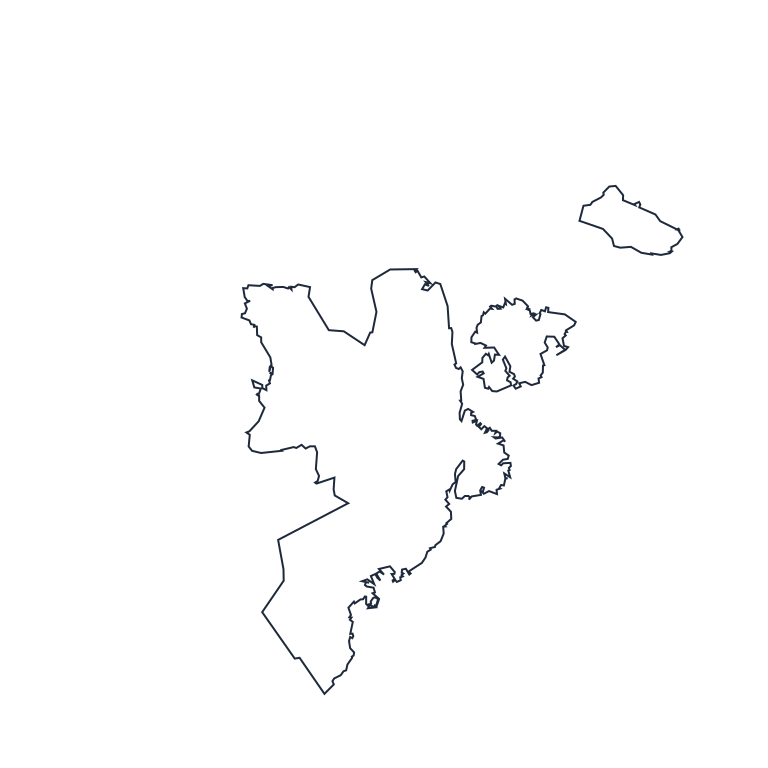 Stavanger nor, Rogaland, Norway, rotated 33°
{"feature_id": "86288312B95219475773394", "entity_name": "Stavanger nor", "entity_type": "district", "adm_level": 2, "iso_a3": "NOR", "parent_name": "Norway", "parent_adm1": "Rogaland", "projection": "mercator", "projection_center": [5.714, 58.967], "detail": "fine", "context": "isolated", "style": "outline", "palette": "slate", "viewbox_px": 768, "rotation_deg": 33, "n_neighbors": 0, "source": "geoboundaries", "source_scale": "gbopen_adm2", "svg_char_len": 6150}
<svg xmlns="http://www.w3.org/2000/svg" viewBox="0 0 768 768"><g transform="rotate(33 384 384)"><path d="M502.8,676.3L505.5,663.3L502.6,661.3L502.6,658.0L506.3,651.8L506.5,647.0L508.2,644.7L506.1,639.2L506.4,631.0L505.5,630.2L506.4,628.2L505.1,625.4L499.5,624.0L494.7,618.7L493.4,614.6L495.8,614.4L495.6,612.2L493.6,610.5L491.8,611.9L487.4,600.5L483.8,600.3L483.9,597.6L482.0,598.5L482.1,595.7L476.0,591.0L477.3,582.9L479.0,583.9L481.6,577.5L483.7,575.9L483.7,572.6L484.9,572.1L488.8,578.2L492.7,579.0L492.7,580.8L498.0,576.4L491.1,577.3L492.8,575.2L491.3,573.6L491.5,569.1L492.8,567.8L496.2,567.5L498.2,574.4L495.9,574.8L498.9,574.6L496.9,566.9L488.4,565.7L489.9,563.7L486.2,560.5L479.9,563.2L477.5,563.0L476.8,559.9L479.8,558.8L473.1,561.3L476.4,556.9L484.8,557.2L477.6,552.2L480.2,548.1L484.1,550.2L488.0,550.8L480.7,547.2L482.5,543.6L487.8,543.8L480.5,541.9L488.3,533.7L495.5,535.9L496.1,537.6L493.9,539.2L499.2,541.7L498.2,544.0L499.3,544.8L500.1,542.2L502.6,543.0L504.9,539.4L502.9,537.3L504.6,535.1L502.8,534.7L503.5,532.4L501.6,532.6L500.2,529.8L503.0,527.0L509.0,530.0L509.5,528.4L506.8,527.8L513.2,513.4L513.3,506.9L511.7,501.1L513.4,497.5L512.0,496.7L515.5,492.9L514.9,491.1L517.1,485.0L515.5,476.9L511.4,471.5L513.0,470.1L512.1,470.0L513.1,467.0L512.1,466.7L513.9,460.5L509.7,454.7L502.8,453.0L504.0,449.1L498.5,447.6L498.9,444.3L494.7,440.1L496.3,436.8L497.2,437.7L496.2,430.7L497.5,427.2L492.5,420.8L490.9,416.1L491.7,405.4L493.5,405.3L497.6,411.8L496.3,420.8L501.7,435.1L506.7,440.1L511.8,437.8L512.8,433.9L515.7,432.0L517.5,432.0L518.2,434.6L518.8,430.5L525.7,424.2L522.6,420.8L522.4,416.9L524.4,416.5L525.5,420.1L524.4,420.8L527.5,421.7L530.4,416.6L538.7,414.8L536.0,411.4L538.3,408.5L537.4,408.6L537.2,404.9L539.8,403.8L537.4,397.5L538.9,395.6L537.2,397.0L533.6,393.5L540.6,393.5L535.4,388.9L536.2,387.7L534.4,386.3L535.1,383.7L533.0,381.3L527.1,385.6L526.6,388.4L523.7,388.6L525.0,382.7L528.6,379.4L527.6,376.1L522.2,376.0L517.7,370.4L512.1,371.9L515.0,366.0L517.0,366.4L512.2,364.5L507.3,368.9L505.2,368.8L509.1,366.5L509.7,364.6L508.3,362.0L504.8,362.3L504.1,364.5L503.5,362.2L499.8,364.6L496.6,363.1L495.8,365.1L496.8,366.0L496.5,368.5L495.2,369.9L494.6,365.0L491.1,364.7L490.2,369.0L486.9,368.3L487.2,364.7L486.1,364.4L484.9,368.3L483.2,367.8L481.9,364.1L479.4,367.9L478.3,366.6L480.9,363.9L477.6,361.4L474.0,362.7L472.8,360.7L473.9,358.9L468.1,359.1L466.3,362.3L469.2,372.9L466.9,372.3L463.1,367.0L460.3,358.0L456.9,356.5L457.8,355.8L452.3,348.5L450.8,341.5L446.1,336.8L443.1,330.5L439.2,328.3L438.5,330.7L435.7,331.3L432.5,329.3L433.3,327.4L419.1,313.5L413.0,303.0L409.9,300.5L408.2,301.8L394.9,284.0L376.8,269.5L371.9,270.8L369.7,281.8L364.3,283.7L364.0,278.1L368.2,277.3L363.5,275.8L368.0,274.2L359.2,271.9L357.2,274.3L350.5,270.8L349.7,273.0L348.1,272.3L348.6,270.0L326.8,284.6L317.6,303.3L321.3,311.0L338.4,327.6L346.1,347.0L344.4,348.4L346.6,362.0L321.6,361.7L308.4,368.9L273.2,352.0L269.2,343.0L257.8,347.3L256.3,351.5L253.2,353.0L255.0,355.2L251.6,354.4L251.5,356.2L246.8,357.4L240.5,361.7L238.4,364.1L239.1,365.2L233.3,365.0L236.7,361.8L228.2,365.8L226.5,369.3L216.5,375.0L217.3,378.3L213.7,380.3L219.8,386.9L224.3,388.8L226.4,387.2L223.4,392.2L228.0,395.5L228.9,400.4L226.7,402.7L228.3,405.8L236.5,404.0L239.9,406.3L243.0,405.0L244.0,407.7L243.9,405.9L246.1,405.1L251.0,412.1L255.6,411.8L258.3,415.9L274.2,423.6L279.3,429.2L278.9,431.9L281.1,436.3L279.3,430.4L282.1,430.8L284.8,435.8L281.9,436.9L285.0,436.7L284.5,438.5L286.3,442.9L285.6,443.6L288.0,445.6L286.1,449.5L288.7,453.2L284.2,453.7L282.4,451.1L271.5,452.7L277.1,457.5L283.2,454.9L284.5,460.6L283.2,461.1L283.1,462.0L285.1,461.6L283.4,462.4L285.8,462.0L288.5,466.2L296.7,468.9L299.2,483.5L296.9,496.9L295.0,499.6L299.1,499.7L304.5,510.1L309.8,511.9L318.5,508.8L334.9,495.5L334.0,495.1L342.6,486.1L345.3,485.4L348.0,479.9L353.4,480.8L355.8,476.6L360.0,473.9L365.1,477.7L373.2,492.5L379.6,496.5L381.2,501.5L379.9,504.2L381.6,504.3L393.4,489.5L399.2,499.9L403.4,504.3L418.9,503.5L380.1,572.4L400.6,594.1L407.0,603.6L406.1,641.7L458.7,662.9L462.3,659.6L502.8,676.3ZM511.0,227.5L497.8,227.1L482.5,234.3L480.4,230.6L478.2,231.4L479.4,235.4L475.6,236.2L476.0,240.0L477.2,240.2L479.0,246.0L477.0,248.0L472.5,246.9L473.6,243.1L472.0,244.3L472.6,242.2L470.4,246.1L470.2,244.0L468.7,245.4L466.2,242.9L463.5,243.3L464.4,242.1L462.6,242.2L462.5,240.4L454.8,238.6L448.2,240.3L447.4,242.0L450.0,245.6L448.3,247.8L439.1,246.6L442.7,250.6L441.4,250.5L442.3,254.8L437.6,256.0L440.7,257.4L438.3,259.1L435.7,257.7L436.9,255.3L435.1,258.4L431.3,259.9L430.8,261.2L433.7,262.1L431.8,263.0L430.7,269.8L428.6,269.5L429.6,272.4L428.8,273.9L431.7,279.6L430.3,283.3L431.0,286.5L434.1,290.2L432.0,290.4L431.9,297.2L434.5,301.4L439.1,300.1L437.9,301.5L442.6,297.0L448.6,296.2L448.6,298.9L456.5,293.4L464.6,296.9L461.0,298.9L463.5,304.5L462.7,307.5L455.5,301.7L455.7,303.2L453.0,303.2L452.3,308.5L454.6,312.3L450.2,324.2L456.9,325.3L457.5,322.1L460.0,319.8L461.8,320.8L458.6,327.0L464.7,325.5L470.7,332.2L473.9,331.2L473.7,329.3L478.6,331.0L482.7,328.8L491.3,316.0L489.3,313.6L485.2,313.9L484.1,311.2L484.9,308.7L478.6,306.9L478.1,304.2L470.4,298.8L470.6,295.1L480.3,300.3L482.6,305.4L487.8,304.9L489.7,306.5L489.4,309.2L494.4,309.2L494.9,311.9L493.4,314.8L497.0,316.2L500.0,311.6L497.0,309.7L501.3,305.3L508.3,304.6L513.4,298.5L510.6,295.2L512.4,292.5L510.7,291.6L511.0,288.0L507.3,281.9L508.3,280.9L498.9,273.6L502.4,266.9L501.4,264.2L496.2,261.7L494.6,255.5L501.1,251.6L509.6,255.3L508.2,259.4L510.3,255.7L517.3,256.6L512.9,266.0L517.8,256.4L518.3,252.8L514.2,254.0L508.8,248.4L510.0,244.3L508.3,243.8L508.1,241.2L509.0,240.7L507.4,239.9L511.5,231.3L511.0,227.5ZM459.1,140.7L483.2,134.7L496.1,137.8L501.7,143.0L507.9,141.0L516.4,134.5L528.3,133.8L538.3,129.5L537.2,128.8L546.0,124.9L552.5,118.6L553.2,116.2L551.8,116.9L552.5,115.7L550.5,112.8L553.8,106.7L554.3,98.2L547.5,94.9L548.7,93.8L545.8,94.9L546.9,92.5L545.4,94.8L527.0,97.0L519.3,94.0L501.9,96.9L501.2,93.9L498.8,92.4L495.9,96.8L497.1,97.3L484.3,99.7L481.7,95.4L470.4,91.7L465.4,95.7L463.7,104.0L465.2,105.6L464.4,109.3L459.6,117.8L459.5,121.3L454.2,125.9L459.1,140.7Z" fill="none" stroke="#1e293b" stroke-width="2"/></g></svg>